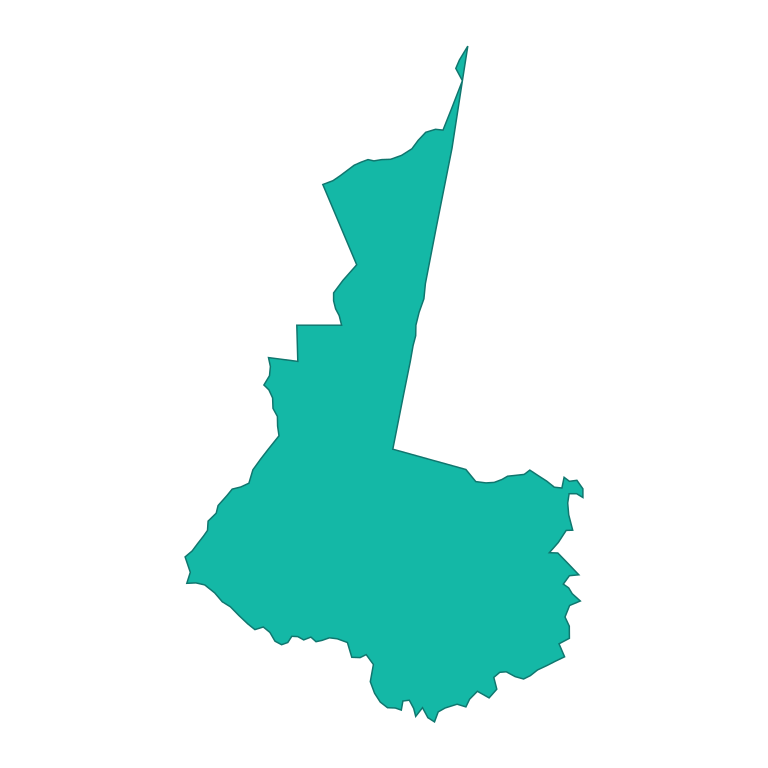 Pinhalão, Paraná, Brazil
{"feature_id": "56859067B37509012226284", "entity_name": "Pinhalão", "entity_type": "district", "adm_level": 2, "iso_a3": "BRA", "parent_name": "Brazil", "parent_adm1": "Paraná", "projection": "equal_earth", "projection_center": [-50.054, -23.866], "detail": "fine", "context": "isolated", "style": "filled", "palette": "teal", "viewbox_px": 768, "rotation_deg": 0, "n_neighbors": 0, "source": "geoboundaries", "source_scale": "gbopen_adm2", "svg_char_len": 2142}
<svg xmlns="http://www.w3.org/2000/svg" viewBox="0 0 768 768"><path d="M564.1,477.3L561.9,488.0L554.3,487.2L546.7,481.1L538.3,475.7L529.8,470.1L524.2,474.4L515.2,475.4L507.6,476.2L501.9,479.5L494.2,482.4L486.0,482.9L475.8,481.6L465.9,469.5L392.8,449.2L404.1,392.0L410.3,361.4L413.1,345.5L415.7,335.7L415.9,325.2L419.1,312.3L423.9,298.8L425.4,283.6L434.5,236.6L436.4,226.8L452.0,148.3L462.4,80.7L457.4,93.6L451.5,108.8L443.0,130.1L435.5,129.3L425.7,132.3L418.2,140.3L411.9,148.8L401.5,155.4L390.6,159.3L381.8,159.6L373.9,160.9L368.0,159.6L361.2,162.1L354.2,165.2L339.8,176.0L332.9,180.7L322.8,184.5L356.7,264.8L343.0,280.3L333.6,292.9L333.6,300.8L335.6,308.8L339.2,315.6L341.6,325.2L296.8,325.2L297.8,361.4L268.5,357.6L270.4,366.5L269.5,375.7L263.9,385.0L268.9,389.9L272.6,397.9L273.0,408.4L277.4,416.4L277.6,426.1L279.0,435.8L268.2,449.3L260.7,459.0L252.9,469.8L248.9,483.2L240.7,487.0L232.2,489.1L227.1,495.4L218.1,505.5L216.2,513.2L208.1,521.1L207.5,530.4L203.5,536.1L198.1,543.0L192.1,551.0L185.1,556.9L190.3,572.3L186.8,583.3L195.9,582.9L204.7,584.9L214.7,592.9L222.3,601.8L230.4,606.8L238.9,615.5L247.9,624.0L254.9,629.6L263.3,627.0L269.9,632.4L275.0,641.2L281.6,644.7L287.8,642.5L291.8,636.3L297.8,636.6L303.7,639.9L310.9,637.1L316.0,641.7L322.0,640.4L329.4,637.8L337.3,638.8L347.4,642.5L351.8,657.3L360.1,657.6L366.2,654.6L373.4,664.5L370.3,681.7L374.6,693.3L380.3,702.1L387.5,707.7L395.3,708.0L401.3,710.1L402.9,701.0L409.3,700.2L413.7,708.5L415.7,716.4L422.5,707.7L427.9,717.7L434.5,721.9L438.2,711.9L445.1,708.0L457.1,704.2L465.9,706.9L469.6,699.2L477.4,691.3L489.1,697.9L496.8,689.2L493.8,677.4L499.8,672.3L506.3,671.8L515.1,676.6L523.6,679.0L530.4,675.6L537.6,669.9L547.8,665.1L555.0,661.4L564.6,656.8L559.0,643.8L569.4,638.3L569.3,626.2L565.0,617.0L569.6,605.5L580.3,601.0L572.2,593.7L568.7,587.9L563.3,584.1L569.4,575.7L578.8,574.8L565.9,561.3L557.8,553.0L549.3,552.7L558.3,542.5L566.2,530.4L572.7,530.2L568.7,514.8L567.7,503.0L569.1,493.7L576.6,493.7L582.9,497.5L582.9,488.8L576.9,480.3L569.4,481.3L564.1,477.3ZM462.4,80.7L467.8,46.1L459.4,60.0L455.8,68.4L462.4,80.7Z" fill="#14b8a6" stroke="#0f766e" stroke-width="1.5"/></svg>